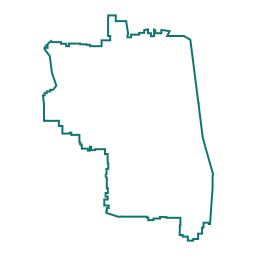 outline of Wickepin, Western Australia, Australia
{"feature_id": "25037944B57924194295774", "entity_name": "Wickepin", "entity_type": "district", "adm_level": 2, "iso_a3": "AUS", "parent_name": "Australia", "parent_adm1": "Western Australia", "projection": "equal_earth", "projection_center": [117.609, -32.822], "detail": "fine", "context": "isolated", "style": "outline", "palette": "teal", "viewbox_px": 256, "rotation_deg": 0, "n_neighbors": 0, "source": "geoboundaries", "source_scale": "gbopen_adm2", "svg_char_len": 3208}
<svg xmlns="http://www.w3.org/2000/svg" viewBox="0 0 256 256"><path d="M108.2,15.4L108.2,16.9L108.2,17.9L108.0,18.0L108.1,24.0L108.1,36.0L110.2,36.0L110.2,40.3L101.6,40.3L101.6,46.2L94.1,46.2L90.2,46.2L90.2,44.9L86.6,44.9L86.6,44.3L85.7,44.3L80.3,44.3L80.3,43.6L72.8,43.6L71.2,43.6L70.1,43.6L69.0,43.5L69.0,46.2L66.2,46.2L66.2,43.8L61.0,43.8L61.0,42.1L56.2,42.1L52.0,42.1L51.9,42.0L51.1,40.9L50.1,41.8L48.8,43.0L48.1,43.7L46.1,45.6L47.6,45.6L47.6,47.9L47.3,47.9L46.1,47.9L44.5,47.9L44.5,49.1L49.8,56.2L50.6,62.6L51.4,68.6L51.5,69.6L51.8,72.1L52.8,75.2L53.4,76.9L53.7,77.9L53.8,78.1L55.5,83.2L56.3,85.7L56.3,85.8L55.4,86.9L53.7,89.0L52.6,89.9L52.5,90.0L50.2,89.8L50.2,91.4L46.7,91.4L46.7,93.1L44.6,93.1L44.6,95.3L43.0,95.3L43.1,96.6L43.5,100.2L44.0,104.3L44.0,105.9L44.0,108.8L44.0,120.8L45.3,120.9L45.3,120.7L45.6,120.7L46.9,120.7L47.2,120.8L52.7,120.9L56.6,120.8L58.9,120.8L58.9,125.9L58.9,126.0L62.4,126.0L62.4,129.3L62.4,133.6L65.1,133.6L66.0,133.5L68.6,133.5L69.9,133.5L69.9,132.7L71.3,132.7L71.3,134.9L76.2,134.9L79.4,134.9L79.4,142.3L80.2,142.3L80.2,144.4L81.5,144.4L81.5,145.5L81.8,145.5L81.8,148.6L83.9,148.7L86.4,148.7L87.9,148.7L87.9,150.6L90.0,150.6L90.0,146.8L91.2,146.8L91.2,150.1L95.2,150.1L95.2,149.2L99.8,149.2L105.0,149.2L105.0,154.1L107.6,154.0L107.6,158.9L107.6,159.0L107.7,163.4L108.3,163.4L108.3,168.9L106.5,168.9L106.5,174.0L106.4,174.0L105.7,174.5L105.7,176.4L106.1,177.2L106.3,177.6L106.8,177.6L106.8,188.2L107.8,188.2L107.8,193.0L106.6,193.0L105.6,193.0L105.6,196.6L107.7,196.6L107.7,198.0L107.6,199.5L106.9,199.5L104.3,199.5L104.3,200.3L104.3,202.4L104.3,203.4L104.3,204.4L104.3,205.5L108.7,205.5L108.7,205.9L108.7,208.1L106.8,208.1L106.8,210.8L106.4,210.8L106.4,213.0L108.7,213.7L111.7,214.6L117.4,216.5L118.5,216.8L121.1,216.5L121.4,216.6L122.6,216.7L125.7,216.7L127.2,216.7L128.7,216.7L132.8,216.7L135.9,216.7L136.8,216.7L139.3,216.7L140.6,216.7L142.5,216.7L146.9,216.7L146.9,217.6L148.3,217.6L148.3,220.2L153.5,220.1L153.5,218.5L157.2,218.5L160.0,218.5L160.0,217.0L163.9,217.0L166.5,217.1L166.5,217.8L168.9,217.8L173.6,217.8L176.3,217.8L180.4,217.8L180.4,218.7L180.4,220.1L180.4,221.9L180.4,225.4L179.8,225.4L179.8,226.0L179.8,230.2L179.7,232.4L179.7,235.0L182.7,235.0L182.7,236.6L187.7,236.6L187.8,236.6L187.8,240.6L193.2,240.6L193.2,239.0L197.5,239.0L198.1,239.0L198.1,233.7L202.1,233.7L202.1,227.5L203.5,227.5L203.5,224.5L203.5,222.7L206.0,222.7L208.9,222.7L208.9,224.0L210.1,224.0L210.5,217.1L211.7,200.4L212.3,192.1L212.6,188.1L212.6,176.4L212.6,175.6L213.0,174.6L213.0,174.3L213.0,173.9L212.7,172.9L211.7,169.3L209.0,159.9L207.3,153.8L206.5,151.2L205.0,145.8L202.9,138.0L202.8,137.7L202.7,137.3L202.3,134.0L199.4,111.1L198.8,106.0L198.6,103.1L198.4,103.2L197.8,98.3L197.1,93.0L197.1,92.9L195.7,82.0L193.1,61.4L190.3,39.7L183.8,36.0L177.3,36.0L167.2,36.0L169.6,31.2L163.5,30.2L161.3,30.2L161.3,33.2L155.3,33.2L155.3,30.2L154.1,29.6L154.1,36.2L150.9,36.2L150.9,33.2L148.0,33.2L148.0,29.4L147.1,29.5L144.2,30.1L144.2,32.9L139.1,32.9L139.1,34.7L136.4,34.7L136.2,34.6L131.1,34.6L131.1,37.3L127.5,37.3L127.5,34.9L128.2,34.4L128.1,33.4L127.8,31.7L126.4,22.6L126.2,21.1L121.1,21.1L115.8,21.1L115.8,15.4L112.0,15.4L108.2,15.4Z" fill="none" stroke="#0f766e" stroke-width="2"/></svg>